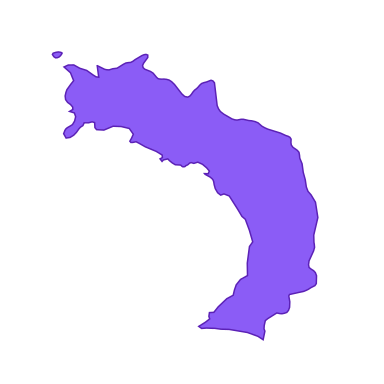 map outline of Kōchi (Mercator projection), rotated 83°
{"feature_id": "JPN-1834", "entity_name": "Kōchi", "entity_type": "Prefecture", "adm_level": 1, "iso_a3": "JPN", "parent_name": "Japan", "parent_adm1": "", "projection": "mercator", "projection_center": [133.234, 33.28], "detail": "fine", "context": "isolated", "style": "filled", "palette": "violet", "viewbox_px": 384, "rotation_deg": 83, "n_neighbors": 0, "source": "natural_earth", "source_scale": "10m", "svg_char_len": 3121}
<svg xmlns="http://www.w3.org/2000/svg" viewBox="0 0 384 384"><g transform="rotate(83 192 192)"><path d="M347.3,139.4L343.3,144.1L338.2,154.1L332.9,171.9L331.7,179.9L330.1,186.0L329.7,188.8L328.8,194.2L328.6,199.1L326.2,201.7L322.9,194.6L320.1,189.9L317.5,190.4L313.8,189.4L314.1,185.0L309.1,179.9L302.1,170.4L299.5,163.7L294.4,161.8L289.5,159.4L284.7,154.5L281.7,147.1L269.3,145.8L253.1,141.6L248.9,137.8L237.0,139.7L225.6,142.4L222.3,145.4L214.8,148.7L200.5,155.5L197.8,160.5L198.6,163.9L195.9,166.6L191.5,168.5L187.4,169.1L184.5,169.2L182.7,169.6L181.2,170.5L179.4,172.2L176.1,176.8L175.3,177.3L175.8,173.6L174.5,173.0L173.4,172.2L169.8,174.5L165.8,178.2L163.1,182.6L163.8,186.7L162.7,189.3L163.1,191.0L164.2,192.4L164.9,194.0L165.1,195.0L165.8,195.7L166.0,196.7L165.8,198.2L165.0,199.1L164.2,199.6L163.8,200.4L162.9,205.3L160.7,208.1L158.2,210.5L156.2,212.0L156.7,216.5L158.0,218.0L155.2,219.7L154.2,217.2L151.7,217.1L147.3,222.6L141.5,232.8L137.1,238.7L135.3,241.4L135.6,244.7L135.4,246.6L134.0,247.5L131.3,245.5L127.5,243.2L121.3,246.5L118.4,254.3L117.1,262.3L119.8,271.9L118.5,279.1L116.3,280.5L111.2,280.2L110.2,282.6L110.7,286.2L110.2,290.6L112.8,292.2L114.0,294.7L115.4,296.4L118.8,299.5L121.2,302.5L123.0,306.4L123.1,310.4L118.5,312.3L115.3,310.6L114.0,309.5L113.0,308.0L111.3,304.0L110.5,302.4L107.3,299.9L103.1,298.3L99.2,299.1L97.1,303.7L95.5,300.2L93.1,300.1L90.4,301.9L88.0,304.5L84.9,306.2L81.2,306.2L77.8,305.0L75.2,303.7L70.2,299.1L67.1,295.9L58.8,298.1L52.3,303.8L50.9,299.4L51.5,293.8L55.5,288.3L58.5,281.7L63.8,275.9L66.0,273.2L66.7,270.6L54.4,270.7L55.0,270.7L59.6,263.7L60.3,261.6L60.7,259.4L60.0,255.6L60.0,251.3L56.8,244.4L55.9,241.9L55.8,239.5L55.9,237.0L55.0,234.6L53.7,232.4L50.5,225.1L49.9,222.9L49.8,220.9L50.7,219.2L53.1,219.5L58.1,224.2L60.3,225.6L62.5,225.4L64.3,224.0L67.3,218.5L69.3,216.1L74.0,213.1L75.4,211.8L75.9,210.3L76.3,208.4L76.5,206.1L77.1,203.5L78.1,201.1L80.0,198.8L83.1,196.3L93.3,190.2L96.3,187.6L97.3,184.7L96.6,182.6L95.0,180.7L92.8,178.8L91.2,177.0L90.0,174.9L88.7,173.2L87.0,171.4L85.5,169.3L84.9,166.9L84.6,164.3L83.4,159.5L84.3,157.7L86.3,156.4L109.3,156.5L112.8,155.5L115.6,154.0L118.6,151.0L124.4,143.3L125.6,140.6L126.1,138.5L125.8,134.4L126.1,132.1L128.0,126.9L128.6,124.1L129.8,120.8L131.4,118.0L135.2,114.6L137.1,112.0L138.8,109.2L144.3,97.0L147.4,92.0L148.4,89.8L149.7,88.1L151.6,87.2L155.1,87.8L157.5,87.7L159.9,86.4L163.5,82.4L165.6,81.0L168.6,80.8L171.6,80.9L177.4,79.3L186.0,79.2L193.6,78.1L201.0,77.9L205.5,76.8L209.3,74.2L217.2,70.7L232.7,70.2L249.6,76.4L256.8,77.1L258.7,77.0L261.9,77.1L265.3,78.5L274.6,84.2L278.4,85.2L281.2,85.0L283.2,83.0L284.9,80.9L287.0,79.4L290.3,78.6L298.1,79.8L299.9,81.4L301.5,85.8L302.7,88.2L303.5,90.5L304.2,93.0L305.6,107.7L306.9,108.6L312.9,108.3L318.4,109.2L321.3,110.7L323.1,112.6L323.6,115.0L323.8,117.3L323.5,119.3L322.4,122.6L326.9,132.2L328.6,134.9L333.4,136.6L336.6,137.2L339.0,136.6L347.3,139.4ZM40.6,305.8L41.8,307.5L42.3,309.3L42.2,311.1L40.9,312.6L38.5,313.8L37.3,312.9L36.8,310.2L36.7,307.6L37.4,305.1L38.3,304.0L39.4,304.7L39.9,305.2L40.6,305.8Z" fill="#8b5cf6" stroke="#5b21b6" stroke-width="1.5"/></g></svg>